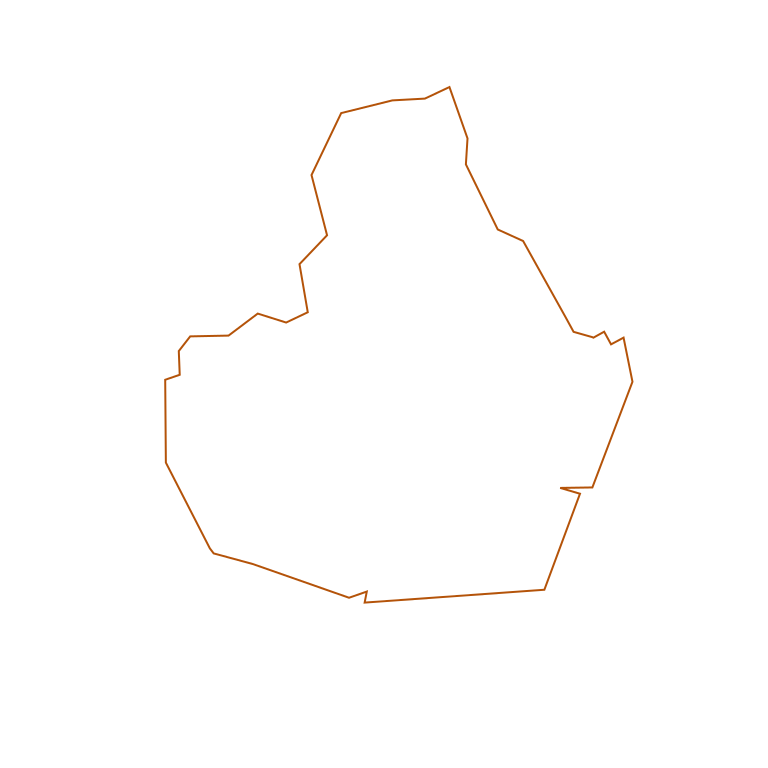 outline of Lumpkin, Georgia, United States of America, rotated 331°
{"feature_id": "52423323B56072812180276", "entity_name": "Lumpkin", "entity_type": "district", "adm_level": 2, "iso_a3": "USA", "parent_name": "United States of America", "parent_adm1": "Georgia", "projection": "natural_earth1", "projection_center": [-83.992, 34.58], "detail": "fine", "context": "isolated", "style": "outline", "palette": "amber", "viewbox_px": 768, "rotation_deg": 331, "n_neighbors": 0, "source": "geoboundaries", "source_scale": "gbopen_adm2", "svg_char_len": 634}
<svg xmlns="http://www.w3.org/2000/svg" viewBox="0 0 768 768"><g transform="rotate(331 384 384)"><path d="M155.1,347.0L152.0,443.3L152.9,449.6L182.0,477.9L249.8,554.0L268.3,557.2L261.1,565.8L424.5,641.7L502.2,575.0L487.7,560.3L516.1,575.5L602.4,502.5L616.0,459.6L601.8,459.4L601.9,445.0L589.6,445.0L589.0,444.1L575.1,430.3L575.2,414.2L575.0,326.4L558.4,304.0L562.1,231.6L576.1,209.7L585.2,156.0L558.1,154.2L528.8,140.0L477.9,126.3L421.9,166.1L406.3,226.3L368.2,238.2L352.1,284.3L328.2,282.8L307.7,261.2L271.5,266.3L237.6,248.4L220.5,255.7L209.8,276.9L194.7,274.2L155.1,347.0Z" fill="none" stroke="#b45309" stroke-width="2"/></g></svg>